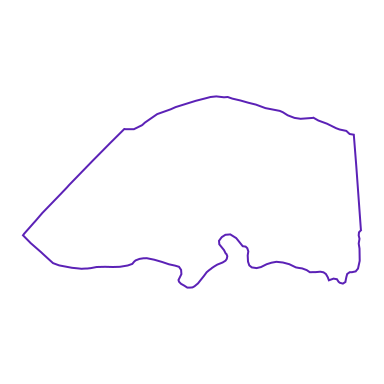 Coolie Town, Anse-la-Raye, Saint Lucia (Mercator projection)
{"feature_id": "8701671B87881136739477", "entity_name": "Coolie Town", "entity_type": "district", "adm_level": 2, "iso_a3": "LCA", "parent_name": "Saint Lucia", "parent_adm1": "Anse-la-Raye", "projection": "mercator", "projection_center": [-61.014, 13.957], "detail": "fine", "context": "isolated", "style": "outline", "palette": "violet", "viewbox_px": 384, "rotation_deg": 0, "n_neighbors": 0, "source": "geoboundaries", "source_scale": "gbopen_adm2", "svg_char_len": 2143}
<svg xmlns="http://www.w3.org/2000/svg" viewBox="0 0 384 384"><path d="M328.9,280.3L333.6,278.6L334.5,278.8L336.9,279.2L338.6,281.8L339.2,282.3L339.9,282.8L342.9,283.6L345.4,282.0L345.9,279.2L346.4,276.9L347.2,274.0L349.7,272.2L351.9,272.2L355.7,271.4L356.8,270.0L358.0,268.6L359.7,260.8L359.5,248.6L358.7,243.5L359.5,238.8L358.7,235.4L358.8,234.3L359.0,232.3L361.0,230.2L360.9,229.9L356.3,166.4L353.8,134.7L349.6,134.0L346.3,130.9L339.6,129.5L336.1,128.2L327.0,123.7L318.3,120.5L313.4,117.7L312.9,117.9L300.6,118.8L294.5,117.9L287.7,115.3L282.8,112.2L279.8,110.9L265.4,108.1L255.9,104.6L248.2,102.7L240.5,100.5L232.3,98.6L227.7,97.0L224.0,97.3L216.3,96.4L210.5,97.0L205.6,98.3L195.8,100.8L175.6,107.1L170.7,109.3L157.2,114.1L144.9,122.6L142.2,125.1L133.9,129.2L125.6,129.2L124.3,129.0L122.0,131.3L110.2,143.0L93.0,160.4L69.3,184.8L66.9,187.5L58.2,196.6L54.6,200.3L42.4,212.9L35.1,221.4L33.9,222.7L25.5,232.2L24.0,233.9L23.4,234.8L23.0,235.3L30.3,242.7L30.6,243.1L30.9,243.3L41.1,252.2L42.9,253.9L47.7,258.3L52.0,262.2L53.0,263.1L56.2,264.3L59.2,265.4L72.0,267.8L77.1,268.3L81.6,268.8L84.2,268.6L87.5,268.5L90.0,268.2L90.4,268.2L96.7,267.0L105.1,266.8L112.9,267.0L119.9,266.8L127.7,265.5L132.3,263.9L134.2,261.6L135.6,260.4L139.5,258.9L143.3,258.3L146.8,258.2L154.2,259.7L162.2,262.0L169.0,264.3L175.0,265.6L179.0,266.8L181.1,269.9L181.4,274.1L179.7,277.6L178.5,280.0L179.0,281.7L181.0,283.8L184.2,285.6L187.3,287.6L190.0,287.6L192.5,287.4L194.5,286.3L198.0,283.4L201.0,279.6L203.8,276.1L206.7,272.2L209.2,270.1L211.4,268.5L211.7,268.2L211.9,268.0L212.4,267.7L214.0,266.6L217.3,264.6L222.6,262.5L225.5,260.7L226.8,258.8L227.3,256.2L226.5,254.1L225.7,253.5L224.0,250.1L219.3,244.3L219.0,240.8L221.0,238.1L221.8,237.1L225.4,234.8L230.3,234.4L236.2,238.1L239.6,242.3L242.7,246.2L245.6,246.6L247.3,248.2L248.3,251.4L247.7,255.4L248.0,261.6L249.3,265.4L251.8,267.4L256.6,268.1L259.9,267.3L260.9,267.1L266.7,264.2L271.5,262.7L276.4,261.8L282.9,262.5L289.3,264.2L295.9,267.4L299.2,268.0L302.1,268.4L306.7,270.1L309.8,272.2L315.9,272.1L320.3,271.7L323.5,272.3L325.9,274.0L327.8,277.3L328.9,280.3Z" fill="none" stroke="#5b21b6" stroke-width="2"/></svg>